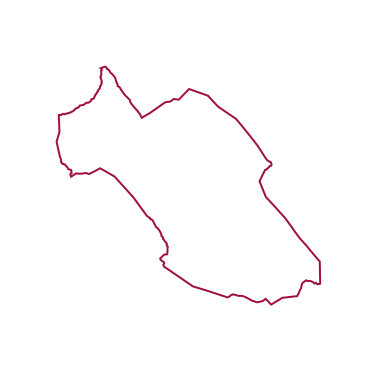 Baruunturuun, Uvs, Mongolia (Natural Earth projection), rotated 49°
{"feature_id": "93677404B97554473591332", "entity_name": "Baruunturuun", "entity_type": "district", "adm_level": 2, "iso_a3": "MNG", "parent_name": "Mongolia", "parent_adm1": "Uvs", "projection": "natural_earth1", "projection_center": [94.759, 49.795], "detail": "fine", "context": "isolated", "style": "outline", "palette": "rose", "viewbox_px": 384, "rotation_deg": 49, "n_neighbors": 0, "source": "geoboundaries", "source_scale": "gbopen_adm2", "svg_char_len": 5779}
<svg xmlns="http://www.w3.org/2000/svg" viewBox="0 0 384 384"><g transform="rotate(49 192 192)"><path d="M345.3,155.4L328.3,141.2L318.0,141.1L312.2,141.0L308.5,140.8L298.1,141.0L287.4,140.2L285.3,139.9L278.4,139.3L275.4,139.0L272.7,138.8L265.1,139.0L260.6,139.0L244.2,139.5L228.2,134.0L225.8,128.4L225.4,127.5L224.3,124.7L223.8,123.8L223.8,123.4L223.6,123.1L223.6,122.8L223.3,122.4L223.5,121.7L223.8,121.3L223.7,120.9L223.8,120.6L223.7,120.2L223.9,119.7L223.9,119.2L223.6,118.1L223.7,117.8L223.8,117.5L223.7,117.2L223.5,116.9L223.5,116.5L223.6,116.0L223.8,115.7L224.0,115.3L223.9,114.9L223.8,114.4L223.6,114.0L221.5,113.0L220.8,113.1L219.2,113.9L217.1,114.4L214.6,114.2L204.3,112.7L202.1,112.4L199.9,112.1L186.8,111.4L182.8,111.3L176.9,111.0L165.7,110.8L163.0,111.5L160.8,112.1L144.8,116.3L131.4,116.8L130.1,116.9L129.9,116.7L129.8,116.8L112.4,126.6L113.6,141.5L109.8,144.8L109.6,148.8L106.7,153.4L104.8,172.0L103.0,181.3L99.4,180.3L95.9,180.0L91.3,180.0L90.7,180.0L86.3,179.9L85.4,179.9L84.5,179.7L83.9,179.7L83.2,179.3L81.7,178.5L76.0,179.0L74.2,179.0L69.6,178.5L68.3,178.5L66.7,178.0L65.1,177.9L63.8,178.6L62.9,178.5L61.9,177.6L59.2,176.8L55.2,175.0L51.0,174.8L48.7,175.3L47.4,175.0L45.8,174.8L44.7,174.8L43.7,175.4L42.1,174.9L40.2,175.5L38.7,179.7L39.2,179.6L39.8,179.6L40.6,179.9L40.8,180.0L40.7,181.0L40.8,181.1L42.0,181.7L43.1,182.9L43.9,183.4L44.2,183.6L44.3,183.9L44.3,184.2L44.4,184.3L44.4,184.5L44.7,184.7L45.1,185.7L45.3,185.9L45.5,186.0L46.0,185.9L46.2,186.1L46.4,186.3L46.6,186.4L47.0,186.5L47.9,186.9L48.3,187.0L48.6,187.0L49.1,187.5L49.3,187.7L49.8,187.9L50.0,188.1L50.1,188.7L50.3,188.8L50.8,189.0L51.2,189.3L51.4,189.8L51.5,190.4L51.6,190.9L51.9,191.2L52.0,191.4L52.0,192.3L52.2,192.5L52.6,192.7L53.0,193.3L53.3,193.7L53.4,194.1L53.4,194.7L53.4,195.3L53.4,195.6L53.4,195.8L53.8,196.3L54.1,196.6L54.3,196.9L54.2,197.7L54.3,198.0L54.8,198.7L54.8,199.0L54.9,199.3L55.2,199.8L55.2,200.1L55.1,200.8L55.1,201.0L55.6,201.6L56.2,203.3L56.5,203.5L56.7,203.8L56.7,204.7L56.8,205.0L57.0,205.2L56.8,205.6L56.6,206.0L56.1,206.8L56.0,207.0L56.6,207.7L56.9,208.4L56.8,209.4L57.0,210.3L56.6,211.4L56.4,211.8L56.4,212.1L56.0,212.5L55.3,213.1L55.3,214.1L55.3,215.0L55.2,215.6L55.0,217.0L54.6,217.5L54.1,218.4L53.8,219.0L53.3,219.6L53.2,219.8L53.2,220.3L53.3,220.7L53.7,221.9L53.7,222.3L53.5,222.5L53.4,222.9L53.4,223.2L52.9,223.9L52.8,224.7L52.9,225.1L53.0,225.4L52.7,226.2L52.7,226.6L53.0,227.8L52.9,228.8L52.6,229.7L52.5,230.6L52.5,231.0L52.3,231.4L52.2,231.6L52.0,231.8L51.7,232.5L51.8,232.7L51.3,233.5L51.2,233.7L51.2,233.9L51.3,234.2L51.2,234.4L51.1,234.6L50.5,235.1L50.4,235.3L50.3,235.8L50.2,236.2L49.9,236.5L49.7,237.1L49.6,237.4L49.4,237.6L49.1,237.7L48.7,237.9L48.4,238.1L48.3,238.3L48.1,238.8L48.0,239.1L48.1,240.0L48.1,240.4L47.9,240.6L47.5,240.8L47.0,241.1L46.5,242.0L59.7,252.6L65.2,261.2L78.8,268.6L80.2,269.0L81.2,269.4L83.0,270.7L83.2,270.9L83.4,271.2L83.7,271.2L84.4,271.0L84.8,271.1L85.1,271.3L85.6,271.4L85.9,271.2L86.1,270.9L86.3,270.7L86.7,270.7L87.0,270.5L87.5,270.1L87.9,269.9L88.4,270.0L89.0,270.0L89.5,270.0L90.1,269.8L90.6,269.9L91.1,269.9L91.7,269.9L92.3,269.9L92.7,270.1L93.0,270.4L93.3,270.4L93.6,270.4L93.9,270.2L94.8,269.5L95.4,269.2L95.9,269.0L96.3,268.8L96.6,268.8L96.8,269.0L97.0,269.3L97.7,269.9L98.8,270.4L98.8,270.7L98.7,271.0L98.5,271.3L98.5,271.5L98.8,272.1L99.1,272.4L99.6,272.6L100.0,272.8L101.1,273.2L102.0,267.1L102.7,266.6L104.1,265.2L105.4,263.7L105.9,263.0L107.4,260.6L107.8,259.8L108.4,259.3L109.9,258.6L110.6,258.1L111.2,257.2L113.9,245.7L129.6,240.3L157.7,239.8L180.4,241.7L180.8,241.6L181.9,241.4L182.3,241.3L182.7,241.1L183.3,240.9L184.0,240.8L184.2,241.0L184.6,241.2L184.9,241.3L185.1,241.2L185.3,240.9L185.9,240.8L186.2,240.7L186.5,240.5L186.8,240.3L187.1,240.2L188.1,240.4L188.6,240.6L189.1,240.6L189.8,240.8L190.8,241.1L192.1,241.5L192.6,241.5L193.3,241.6L193.5,241.7L193.9,242.0L194.9,242.1L195.2,242.1L195.7,241.9L196.0,241.8L196.5,241.7L197.3,241.7L197.8,241.8L198.4,241.7L198.9,241.8L199.6,241.9L200.4,242.0L201.0,242.1L202.4,242.5L203.0,242.6L203.6,242.8L204.1,243.2L204.8,243.8L205.4,243.9L206.1,243.8L207.0,243.6L207.5,243.8L207.8,244.1L208.2,244.4L208.5,244.6L209.0,244.5L209.9,244.6L210.7,244.7L211.4,244.8L211.8,244.9L212.0,244.8L212.3,244.8L212.8,244.7L213.3,244.8L214.0,244.7L214.2,244.9L214.4,245.2L214.6,245.2L214.9,245.2L215.0,245.3L215.0,245.5L215.6,246.0L216.1,246.2L216.7,246.2L217.3,246.1L217.6,246.4L217.6,246.6L217.9,246.9L218.1,247.3L218.5,247.5L219.0,247.9L220.3,249.1L221.0,249.8L221.6,250.4L222.4,251.0L222.6,251.5L222.6,251.9L222.2,252.5L221.4,253.3L221.1,253.7L221.0,254.1L221.0,254.5L221.0,255.0L221.2,257.5L221.2,259.3L221.5,259.8L221.9,260.0L222.4,260.0L222.9,260.0L224.0,259.8L224.6,259.9L224.9,259.8L225.1,259.7L225.5,259.5L226.5,259.4L227.1,259.4L227.7,259.8L227.8,260.3L228.0,260.8L228.1,261.3L229.8,262.1L263.9,253.2L275.5,245.9L294.9,234.3L295.4,232.3L295.4,230.0L295.9,229.2L296.0,228.4L296.4,228.0L297.4,227.3L300.5,225.3L301.5,224.4L301.9,223.8L302.9,222.8L304.0,221.9L305.8,220.8L308.3,219.9L309.6,219.3L313.0,218.2L313.6,217.9L315.3,216.7L316.9,216.0L318.0,215.1L319.8,212.0L320.8,209.7L320.9,206.5L328.9,206.1L331.1,193.3L339.6,180.9L339.0,179.3L337.4,175.9L337.2,175.4L336.7,174.6L336.6,174.2L336.4,173.5L336.4,173.4L336.0,172.7L333.6,169.3L333.3,168.6L333.1,168.1L333.3,166.5L333.4,164.9L333.5,163.8L334.2,163.5L334.6,163.3L335.4,162.7L335.6,162.4L336.0,162.2L336.2,161.8L336.4,161.4L336.7,161.1L336.9,160.9L337.4,160.7L337.9,160.5L338.7,160.2L339.2,159.8L339.5,159.7L339.8,159.7L340.3,159.7L340.8,159.7L341.3,159.7L341.5,159.5L341.6,159.4L341.6,159.1L341.7,158.2L341.9,158.1L342.1,158.0L342.3,158.0L343.1,158.0L343.6,158.0L343.9,157.9L344.1,157.3L344.3,157.0L344.6,156.7L344.8,156.5L344.9,156.3L345.1,155.9L345.3,155.4Z" fill="none" stroke="#9f1239" stroke-width="2"/></g></svg>